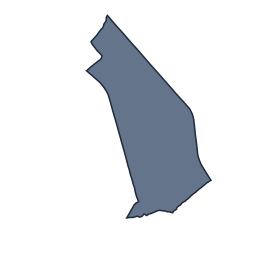 Din Daeng, Bangkok Metropolis, Thailand, rotated 316°
{"feature_id": "78962969B98953458091915", "entity_name": "Din Daeng", "entity_type": "district", "adm_level": 2, "iso_a3": "THA", "parent_name": "Thailand", "parent_adm1": "Bangkok Metropolis", "projection": "orthographic", "projection_center": [100.56, 13.778], "detail": "fine", "context": "isolated", "style": "filled", "palette": "slate", "viewbox_px": 256, "rotation_deg": 316, "n_neighbors": 0, "source": "geoboundaries", "source_scale": "gbopen_adm2", "svg_char_len": 3616}
<svg xmlns="http://www.w3.org/2000/svg" viewBox="0 0 256 256"><g transform="rotate(316 128 128)"><path d="M137.9,58.0L138.0,58.4L138.0,58.7L138.1,59.9L138.3,62.5L138.5,64.1L138.7,66.9L138.7,67.0L138.7,67.3L139.0,70.4L139.2,72.6L139.4,76.7L139.2,79.6L139.0,81.4L138.0,86.6L137.0,90.0L136.6,90.8L135.3,93.3L132.7,98.3L131.0,101.4L130.8,101.7L129.4,104.2L128.6,105.7L126.0,110.6L125.5,111.7L120.5,121.0L119.4,122.9L116.8,127.8L114.7,131.6L114.0,132.9L111.1,138.3L109.4,141.5L107.2,145.5L106.3,147.3L103.5,152.0L103.3,152.5L102.4,154.0L101.8,155.1L101.4,155.9L100.5,157.7L99.8,159.1L99.4,159.8L98.6,161.0L98.2,161.6L97.9,162.1L95.5,167.0L94.4,169.1L93.6,170.4L91.1,175.5L90.5,176.5L88.6,179.4L86.6,183.1L84.4,188.4L82.6,187.8L81.6,187.6L80.1,187.5L79.0,187.6L78.6,187.7L73.5,189.2L64.6,191.8L65.0,192.1L66.7,193.2L69.0,195.4L69.6,195.8L70.8,196.5L72.6,197.3L72.9,197.5L73.5,198.3L74.2,199.6L74.3,199.8L74.5,200.1L75.1,200.5L75.4,200.8L76.6,201.2L77.0,201.3L77.4,201.3L78.5,201.1L79.2,201.0L79.4,201.0L79.5,201.1L79.9,201.3L80.0,201.6L80.1,201.8L80.3,202.8L80.4,203.6L80.6,203.9L82.1,204.2L82.8,204.3L83.3,204.4L83.9,204.7L84.5,205.2L85.3,205.6L87.7,206.5L88.8,206.9L88.9,207.0L89.2,207.1L89.3,207.2L90.6,207.6L91.5,207.9L92.3,208.3L92.7,208.6L93.4,209.1L93.9,209.6L94.2,210.0L94.3,210.2L94.9,210.8L95.5,211.7L95.6,211.8L96.0,212.4L96.7,213.1L97.1,213.7L97.2,213.8L97.7,214.9L98.0,215.5L99.5,217.0L100.5,218.8L100.8,219.5L101.0,219.8L101.4,219.8L101.7,219.9L102.1,219.8L102.6,219.6L103.1,219.5L103.5,219.5L103.8,219.5L104.3,219.7L104.7,219.8L105.3,220.0L105.5,220.0L105.9,220.1L106.3,220.1L106.5,220.1L106.8,220.0L106.9,219.9L107.1,219.6L107.3,219.4L108.2,219.2L108.4,219.2L108.9,219.2L109.0,219.2L110.8,219.4L111.1,219.5L111.6,219.7L111.8,219.7L112.5,219.7L112.8,219.7L113.0,219.7L114.4,219.5L114.5,219.5L114.9,219.5L116.1,219.7L118.6,220.4L119.2,220.4L120.0,220.3L120.6,220.4L122.7,220.7L123.3,220.6L123.5,220.6L125.8,220.6L126.1,220.6L126.4,220.5L127.3,220.6L128.7,220.7L129.7,220.8L130.0,220.9L130.3,220.9L130.5,221.0L131.6,221.1L131.9,221.2L132.0,221.2L132.4,221.2L132.5,221.2L132.9,221.3L133.1,221.2L133.3,221.1L134.0,221.2L134.4,221.2L134.8,221.2L137.0,221.4L138.8,221.7L140.4,221.7L140.9,221.8L142.2,221.9L142.4,222.0L142.7,222.0L146.9,222.3L147.0,222.3L148.3,222.6L149.6,222.8L151.2,223.3L151.4,223.3L151.8,221.0L153.9,211.1L154.9,206.7L155.5,204.4L156.0,203.1L157.2,200.2L158.9,196.8L160.3,194.8L161.6,193.1L167.1,186.0L171.6,179.8L177.0,173.0L181.0,167.8L182.7,165.0L184.0,162.4L184.7,160.2L185.5,157.8L185.7,156.2L185.8,154.3L186.1,147.3L186.2,143.9L186.4,136.2L186.9,127.9L187.3,118.7L187.6,112.9L187.9,105.3L188.2,98.0L188.6,90.3L188.9,84.4L189.2,79.7L189.6,67.9L190.1,59.5L190.4,52.9L190.4,52.2L190.4,50.7L190.8,42.5L191.4,33.0L191.4,32.7L190.8,32.8L190.3,32.9L189.8,33.1L189.4,33.3L189.2,33.4L189.2,33.5L188.8,33.8L188.7,33.8L188.5,34.0L188.1,34.4L187.0,35.6L186.8,35.7L186.7,35.7L186.3,35.8L184.5,36.2L183.3,36.4L182.9,36.5L182.6,36.7L182.4,36.8L182.0,37.0L181.9,37.1L181.7,37.2L181.3,37.5L180.6,38.0L180.0,38.3L179.9,38.4L179.7,38.4L178.5,38.3L177.9,38.3L177.6,38.3L177.0,38.4L175.3,38.6L172.3,39.1L171.7,39.3L171.3,39.4L170.0,39.6L168.3,39.7L166.7,39.9L163.6,40.0L161.6,40.1L161.5,40.4L161.3,40.5L161.2,40.5L160.9,41.5L160.5,42.4L160.4,43.2L159.8,48.5L159.6,50.2L159.5,51.0L159.5,51.3L159.5,51.9L159.5,52.4L159.6,54.7L159.5,57.9L159.5,58.1L159.1,58.3L157.4,59.2L155.9,59.5L155.7,59.5L155.4,59.5L153.4,59.2L152.6,59.1L152.3,59.1L152.1,59.0L151.6,59.0L151.4,59.0L151.2,59.0L150.9,58.9L147.3,58.6L143.6,58.2L141.3,58.2L138.7,58.1L137.9,58.0Z" fill="#64748b" stroke="#1e293b" stroke-width="1.5"/></g></svg>